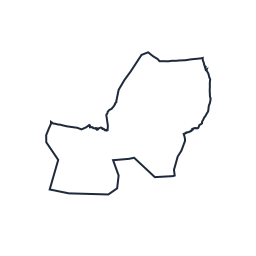 the district of Augie, Kebbi, Nigeria, rotated 247°
{"feature_id": "59680162B78681214723365", "entity_name": "Augie", "entity_type": "district", "adm_level": 2, "iso_a3": "NGA", "parent_name": "Nigeria", "parent_adm1": "Kebbi", "projection": "equal_earth", "projection_center": [4.617, 12.907], "detail": "fine", "context": "isolated", "style": "outline", "palette": "slate", "viewbox_px": 256, "rotation_deg": 247, "n_neighbors": 0, "source": "geoboundaries", "source_scale": "gbopen_adm2", "svg_char_len": 4417}
<svg xmlns="http://www.w3.org/2000/svg" viewBox="0 0 256 256"><g transform="rotate(247 128 128)"><path d="M170.3,201.1L171.1,198.4L172.7,194.7L173.7,191.0L175.3,187.5L177.2,183.1L178.4,182.7L179.1,182.6L180.0,182.1L180.7,181.7L183.5,179.6L185.9,178.2L189.8,176.1L190.0,169.0L178.9,152.4L178.6,151.9L173.4,143.2L166.8,134.3L157.1,127.6L156.8,127.6L156.5,127.5L156.3,127.1L156.2,126.6L155.9,126.1L155.4,125.7L155.3,125.4L154.9,125.3L154.4,124.5L153.9,123.8L153.2,122.7L152.7,121.5L152.1,120.6L152.0,120.2L152.0,119.8L152.0,119.3L152.0,118.6L151.8,117.7L151.5,116.9L151.1,116.2L150.7,115.5L149.5,114.7L149.2,114.2L148.9,113.7L148.6,113.2L148.3,113.1L148.1,113.0L138.0,110.4L133.9,108.3L134.0,107.7L134.3,107.8L134.5,107.6L134.7,107.4L134.8,106.9L134.6,106.5L134.7,106.2L134.9,106.2L135.1,105.8L135.4,105.7L135.7,105.7L136.1,105.7L136.3,105.3L136.6,104.9L136.8,104.5L137.1,104.8L137.6,104.5L138.0,103.9L138.3,103.9L138.7,103.7L138.8,103.5L139.0,103.2L139.1,102.4L139.1,101.4L139.1,100.7L139.3,100.3L138.9,100.2L138.6,100.1L138.4,99.7L138.5,99.2L138.5,98.8L138.9,98.6L139.5,98.2L139.9,98.1L140.2,98.6L140.5,98.5L140.7,97.6L140.9,96.7L141.5,95.9L142.0,95.7L142.4,95.7L142.5,95.3L142.9,95.2L143.0,94.7L143.3,94.3L143.5,93.9L143.4,93.6L143.5,93.3L143.9,93.5L144.3,93.4L144.5,93.3L144.8,93.3L145.0,93.2L145.1,93.5L145.2,93.9L145.4,93.9L145.9,93.5L145.5,91.8L145.0,89.8L144.9,84.9L144.9,84.7L148.0,81.4L153.6,72.1L158.0,66.2L158.5,65.0L160.1,63.0L161.3,61.0L163.2,59.8L163.7,59.5L161.9,58.7L158.7,55.2L153.4,49.9L146.8,47.2L125.9,51.3L102.0,31.9L91.0,47.9L81.8,68.0L74.5,83.9L76.7,94.4L87.9,100.8L104.2,101.7L99.2,116.9L98.2,122.0L72.3,133.5L66.2,150.4L66.0,152.4L71.6,154.0L75.4,157.1L82.3,162.6L86.2,168.2L89.1,171.0L93.9,175.5L95.9,176.2L97.5,176.6L100.4,176.9L100.3,177.1L100.3,177.3L100.4,177.5L100.5,177.6L100.7,177.8L100.8,177.8L100.8,178.0L100.7,178.1L100.7,178.3L100.7,178.5L100.8,178.6L100.8,178.9L100.7,179.0L100.7,179.3L100.8,179.3L101.0,179.3L101.1,179.5L101.0,179.8L101.0,180.1L100.9,180.3L100.8,180.5L100.9,180.8L100.8,181.0L100.8,181.3L100.7,181.5L100.6,181.9L100.6,182.0L100.5,182.3L100.5,182.5L100.6,182.8L100.7,183.0L100.6,183.3L100.5,183.6L100.5,183.8L100.6,184.1L100.6,184.3L100.6,184.5L100.5,184.8L100.6,185.0L100.7,185.3L100.8,185.5L100.9,185.4L101.0,185.4L101.0,185.5L100.9,185.8L101.0,185.9L101.0,186.0L101.1,186.3L101.1,186.5L101.1,186.8L101.3,187.0L101.5,187.0L101.6,186.8L101.6,186.7L101.8,186.7L101.8,186.8L102.0,186.9L102.1,187.0L102.0,187.3L102.0,187.5L102.0,187.8L101.9,187.9L102.0,188.0L102.0,188.3L101.9,188.4L101.9,188.6L101.8,188.8L101.8,189.0L101.9,189.3L101.8,189.5L101.7,189.8L101.6,190.1L101.4,190.2L101.2,190.2L101.1,190.3L101.0,190.6L101.1,190.8L101.0,191.1L101.0,191.4L100.9,191.6L100.8,191.8L100.7,191.8L100.5,192.0L100.7,192.8L102.8,194.9L103.0,196.4L103.2,197.3L103.3,197.9L103.8,198.1L104.2,198.3L104.5,198.5L104.9,198.7L105.2,199.0L105.5,199.5L105.9,200.0L106.3,200.5L106.7,201.0L107.1,201.4L107.5,201.8L107.8,202.1L107.9,202.3L108.1,202.6L108.2,203.0L108.5,203.5L108.9,204.1L109.7,205.1L110.4,206.0L110.9,206.7L111.3,207.3L111.6,207.7L111.9,208.1L112.3,208.5L112.8,208.7L113.2,209.0L114.1,209.5L115.2,210.1L116.1,210.6L117.1,211.3L117.9,212.0L118.4,212.6L119.1,213.2L119.6,213.5L120.1,213.9L120.3,214.1L120.8,214.4L121.5,214.8L122.0,215.0L122.3,215.3L122.6,215.4L122.9,215.6L123.1,215.6L123.3,215.7L123.6,215.6L124.0,215.6L124.4,215.7L124.7,215.7L125.0,215.8L125.3,215.9L125.6,216.0L125.9,216.1L126.3,216.2L126.6,216.4L126.9,216.5L127.2,216.6L127.5,216.7L127.9,216.9L128.1,217.0L128.4,217.1L128.9,217.2L129.2,217.3L129.4,217.4L129.9,217.6L130.4,217.8L131.8,218.4L132.8,218.9L134.7,219.8L135.5,220.1L135.8,220.2L136.0,220.2L136.6,220.5L139.0,221.7L139.7,222.1L140.3,222.5L140.5,222.6L141.1,222.7L141.8,222.7L142.3,222.6L143.0,222.7L143.4,222.7L143.9,222.8L144.6,222.9L145.2,223.0L145.5,223.1L145.9,223.1L146.1,223.2L146.4,223.2L146.8,223.2L147.2,223.2L147.6,223.1L148.0,223.1L148.4,223.1L148.7,223.0L149.0,222.9L149.3,222.9L149.6,222.9L149.8,222.9L150.2,222.9L150.5,223.0L150.8,223.1L151.1,223.2L151.2,223.3L151.1,222.3L151.8,222.4L152.1,222.4L154.1,222.6L154.1,223.3L154.6,223.1L155.2,222.9L155.9,222.8L156.6,222.9L157.2,223.0L157.8,223.1L158.3,223.2L158.9,223.3L159.5,223.3L160.3,223.3L160.8,223.3L161.5,223.5L162.0,223.6L162.4,223.7L163.0,223.9L163.3,224.1L163.7,222.0L164.8,218.5L166.7,212.4L167.9,207.5L170.3,201.1Z" fill="none" stroke="#1e293b" stroke-width="2"/></g></svg>